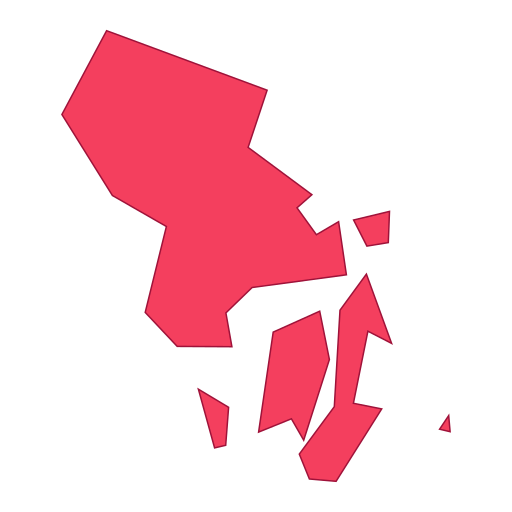 SVG path tracing the border of Sulawesi Tenggara
{"feature_id": "IDN-556", "entity_name": "Sulawesi Tenggara", "entity_type": "Province", "adm_level": 1, "iso_a3": "IDN", "parent_name": "Indonesia", "parent_adm1": "", "projection": "robinson", "projection_center": [122.493, -4.447], "detail": "coarse", "context": "isolated", "style": "filled", "palette": "rose", "viewbox_px": 512, "rotation_deg": 0, "n_neighbors": 0, "source": "natural_earth", "source_scale": "10m", "svg_char_len": 721}
<svg xmlns="http://www.w3.org/2000/svg" viewBox="0 0 512 512"><path d="M267.1,90.2L248.1,147.4L311.9,194.7L297.0,207.8L316.4,234.7L338.6,221.7L346.4,274.8L252.1,287.5L225.9,312.9L231.9,346.7L177.2,346.4L145.2,312.4L166.4,226.5L112.4,195.5L61.9,114.5L106.6,30.7L267.1,90.2ZM381.7,408.9L336.1,481.3L309.4,479.0L299.3,454.1L334.3,406.7L340.0,310.2L366.4,274.1L391.6,343.4L367.9,331.2L353.4,403.3L381.7,408.9ZM329.4,359.5L303.7,440.2L291.4,418.8L258.6,432.1L273.2,332.1L319.7,311.2L329.4,359.5ZM228.6,407.3L225.7,445.3L214.6,447.9L198.4,389.2L228.6,407.3ZM389.5,211.4L388.3,242.6L366.9,246.1L353.6,220.0L389.5,211.4ZM439.6,429.2L448.7,415.6L450.1,431.7L439.6,429.2Z" fill="#f43f5e" stroke="#9f1239" stroke-width="1.5"/></svg>